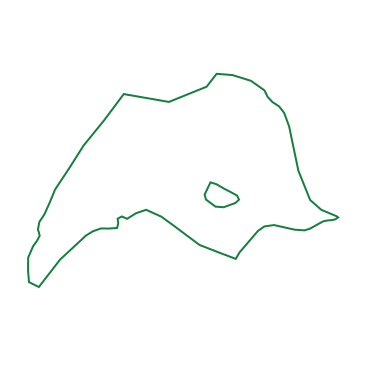 the border of Şəki, rotated 101°
{"feature_id": "AZE-1727", "entity_name": "Şəki", "entity_type": "District", "adm_level": 1, "iso_a3": "AZE", "parent_name": "Azerbaijan", "parent_adm1": "", "projection": "natural_earth1", "projection_center": [47.21, 41.124], "detail": "fine", "context": "isolated", "style": "outline", "palette": "green", "viewbox_px": 384, "rotation_deg": 101, "n_neighbors": 0, "source": "natural_earth", "source_scale": "10m", "svg_char_len": 1057}
<svg xmlns="http://www.w3.org/2000/svg" viewBox="0 0 384 384"><g transform="rotate(101 192 192)"><path d="M189.0,43.7L191.5,46.1L193.0,49.7L194.1,53.6L195.8,57.7L205.7,69.5L208.2,74.3L209.4,84.1L208.8,105.2L212.0,114.4L217.6,119.8L242.0,133.7L249.3,136.3L246.5,152.7L242.6,174.4L235.9,188.3L229.1,202.3L222.1,217.3L218.2,233.6L223.6,243.0L230.7,250.6L229.4,256.2L232.4,259.9L237.0,258.4L241.6,258.7L243.6,266.0L245.2,274.6L249.5,281.8L254.9,287.7L283.5,308.6L314.5,324.2L311.6,334.8L300.3,338.0L287.6,340.3L275.4,337.6L269.7,334.9L264.0,333.2L260.8,334.6L258.3,336.1L250.4,336.1L242.4,332.7L229.2,329.6L215.8,326.9L191.4,316.8L166.9,307.2L138.1,291.8L108.9,277.7L108.0,231.9L85.8,197.7L71.3,190.4L69.5,174.7L71.6,155.4L78.4,140.3L84.2,135.9L88.4,130.1L91.4,122.8L96.8,116.6L109.2,109.1L122.2,103.7L150.9,91.6L177.3,74.5L184.8,61.7L188.2,45.5L189.0,43.7ZM192.1,179.1L196.7,176.9L201.9,166.2L200.9,158.0L194.4,147.2L190.5,144.4L186.9,147.1L184.8,153.6L182.6,161.2L179.7,169.5L179.0,175.7L192.1,179.1Z" fill="none" stroke="#15803d" stroke-width="2"/></g></svg>